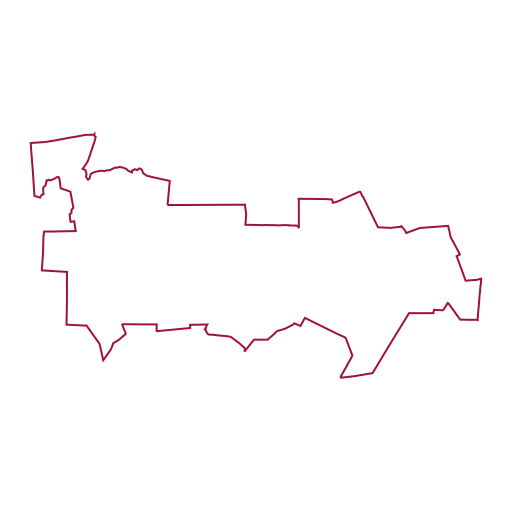 Amzacea, Constanta, Romania (Albers equal-area conic projection)
{"feature_id": "2599482B28238264431370", "entity_name": "Amzacea", "entity_type": "district", "adm_level": 2, "iso_a3": "ROU", "parent_name": "Romania", "parent_adm1": "Constanta", "projection": "albers", "projection_center": [28.34, 43.96], "detail": "fine", "context": "isolated", "style": "outline", "palette": "rose", "viewbox_px": 512, "rotation_deg": 0, "n_neighbors": 0, "source": "geoboundaries", "source_scale": "gbopen_adm2", "svg_char_len": 5289}
<svg xmlns="http://www.w3.org/2000/svg" viewBox="0 0 512 512"><path d="M370.9,373.5L370.9,373.4L372.5,373.1L373.1,372.2L376.7,366.3L383.7,354.6L391.4,341.9L392.8,339.6L403.7,321.9L406.0,318.1L409.1,313.1L421.7,313.2L433.3,313.1L434.1,309.7L435.1,309.9L441.1,310.2L442.5,310.3L443.0,310.1L443.6,309.6L444.6,308.0L446.2,305.5L447.7,303.0L448.3,303.2L450.2,305.8L452.9,309.5L456.6,314.7L458.6,317.4L460.2,319.6L460.3,319.6L469.4,319.8L474.7,319.8L477.5,319.9L477.7,320.0L477.7,319.7L477.7,318.7L477.8,317.4L478.0,313.9L478.3,311.0L478.6,307.3L479.0,303.5L479.0,303.4L479.1,301.7L479.6,295.0L480.1,290.9L480.2,288.9L480.2,288.1L480.7,284.7L480.9,283.3L481.0,281.2L481.3,279.0L481.2,278.7L479.1,279.2L477.1,279.8L471.8,280.2L469.4,280.4L465.6,280.7L462.9,273.1L460.1,265.5L458.1,260.1L456.6,256.2L459.5,254.8L459.8,254.5L459.9,254.4L456.6,248.2L453.3,241.9L453.2,241.9L450.7,237.2L450.6,236.8L449.2,230.4L448.1,225.9L423.3,227.7L420.7,227.9L418.9,228.3L418.1,228.6L406.2,233.0L405.4,231.1L404.7,230.1L401.3,226.1L400.5,226.8L394.1,227.5L390.7,227.9L378.0,227.3L363.2,197.0L362.8,196.8L360.5,192.3L360.4,192.1L360.3,191.9L359.9,191.8L359.5,191.8L359.0,191.9L358.1,192.3L356.8,192.9L354.4,193.9L344.2,198.4L341.9,199.5L339.7,200.6L335.7,202.2L334.4,202.4L333.8,202.5L333.3,202.6L332.9,202.7L332.9,202.4L332.7,201.8L332.1,199.8L331.9,199.4L327.6,199.2L327.0,199.1L318.0,199.0L311.6,198.9L309.2,198.9L298.8,198.8L298.7,198.8L298.8,199.7L298.9,202.3L298.9,202.9L298.8,203.0L298.9,227.1L298.7,227.4L297.4,226.2L297.0,225.6L288.4,225.4L288.2,225.1L282.8,225.1L280.1,225.3L277.0,225.3L274.5,225.2L269.2,225.1L266.5,225.0L263.2,225.1L259.9,225.1L257.3,225.0L254.1,225.0L254.0,224.9L245.4,224.8L246.2,214.8L245.0,205.1L245.0,204.7L244.9,204.7L199.8,204.9L199.3,204.9L185.6,205.0L172.0,205.0L170.1,205.0L168.8,205.0L168.4,205.1L168.0,204.8L167.7,204.3L167.6,203.6L167.6,203.2L167.9,201.5L168.7,192.6L169.8,181.0L169.7,180.9L154.6,177.6L150.5,176.6L147.3,175.9L147.2,175.9L143.4,173.4L143.0,173.0L142.8,172.3L142.5,171.1L142.1,170.2L141.5,169.4L141.4,169.3L140.3,168.7L139.5,168.4L139.4,168.4L138.4,169.0L137.4,170.1L136.1,169.7L134.8,169.2L133.2,170.1L132.1,170.6L132.0,172.4L131.1,172.2L129.6,171.3L128.3,170.9L127.7,170.3L127.0,169.5L126.1,168.9L124.3,168.2L123.3,167.6L121.6,167.4L120.6,167.2L119.5,166.9L118.7,167.2L118.4,167.4L116.9,167.7L115.9,167.5L115.3,167.7L113.4,168.4L111.0,169.6L109.4,170.3L109.0,170.3L106.3,170.3L104.7,171.1L103.9,171.2L102.8,170.8L102.0,170.7L101.9,170.7L100.6,170.8L99.5,171.1L98.6,171.1L95.6,171.8L93.5,172.5L92.7,172.8L91.0,173.9L90.6,174.6L90.0,176.5L89.7,178.2L89.0,178.9L88.1,179.7L87.7,179.2L87.3,178.7L86.6,177.9L86.3,177.1L86.1,176.5L86.2,175.9L86.4,175.2L86.4,174.2L86.3,173.5L86.2,172.5L85.9,171.8L85.6,170.9L85.7,170.4L85.3,170.2L84.1,169.5L82.9,168.9L82.6,168.8L83.4,167.8L85.2,165.3L85.7,164.6L86.4,163.5L87.4,161.8L88.4,159.7L88.7,158.7L90.1,154.7L90.7,152.6L91.4,150.8L92.9,146.2L94.1,142.9L94.9,140.0L95.6,137.4L95.7,137.0L94.8,136.1L94.4,135.7L94.4,135.3L94.4,134.3L94.1,134.7L93.5,134.7L91.5,134.8L89.8,134.8L88.0,134.8L86.1,134.9L84.9,135.0L77.5,136.4L70.1,137.6L67.2,138.1L64.1,138.8L61.7,139.2L57.7,139.9L57.7,140.0L55.7,140.3L53.4,140.7L51.9,140.9L47.5,141.7L43.9,142.1L36.5,142.6L30.7,143.0L31.1,148.9L31.1,149.0L31.5,154.1L33.0,173.4L33.0,173.5L33.3,178.2L34.4,195.2L34.5,195.9L40.0,197.6L41.8,194.7L43.5,194.2L43.2,190.3L43.2,188.3L43.5,187.2L44.5,186.2L45.5,185.5L45.8,185.0L45.9,183.2L46.2,182.6L46.4,181.8L46.6,180.5L46.9,180.6L47.4,180.5L48.6,179.8L49.1,179.7L49.7,180.3L50.1,180.5L50.4,180.5L51.1,180.1L54.2,178.8L55.7,178.0L56.6,177.3L57.5,177.1L58.6,177.0L58.8,177.4L59.1,178.1L59.6,179.6L60.7,188.3L62.6,189.0L67.3,190.6L70.4,191.7L72.5,203.0L73.4,207.8L71.5,209.9L71.4,213.2L69.7,214.2L69.8,216.0L70.4,221.3L70.8,221.9L74.2,221.3L75.0,226.2L75.7,231.1L69.4,231.2L63.1,231.3L52.6,231.5L48.5,231.5L44.1,231.5L43.4,237.6L43.2,246.7L42.9,255.3L41.9,269.3L41.9,270.4L67.0,271.9L66.9,285.1L67.0,285.4L66.9,301.9L66.8,310.0L66.5,324.7L75.9,325.1L85.3,325.6L86.5,325.5L92.9,334.6L99.4,343.6L99.6,344.0L101.9,354.2L103.2,360.2L106.1,356.3L108.6,352.7L110.3,350.3L111.3,348.5L112.2,346.2L113.1,343.4L113.5,342.9L114.5,342.4L116.8,341.1L118.6,340.0L125.2,334.4L125.4,334.3L125.6,333.9L125.7,333.7L125.5,332.8L123.1,327.1L122.2,324.6L122.3,324.4L122.9,324.2L142.8,324.4L152.4,324.4L156.7,324.4L156.6,330.4L156.7,331.1L156.8,331.2L190.2,328.0L190.1,324.8L207.3,324.5L206.9,325.3L206.1,326.9L205.7,327.4L205.5,328.4L205.0,329.2L205.6,329.2L205.5,329.5L206.0,331.0L206.8,332.6L207.8,334.0L208.5,334.4L209.3,334.6L211.9,334.7L215.6,335.1L220.3,335.6L225.1,336.0L228.9,336.5L230.3,336.8L231.1,337.1L234.5,339.6L239.0,343.0L241.4,345.1L244.0,347.4L244.5,348.0L244.9,348.9L244.8,349.9L244.6,350.9L244.3,351.7L254.0,339.7L262.0,339.7L267.6,339.7L273.2,334.8L276.0,332.1L277.2,331.1L277.3,331.0L284.9,328.8L286.1,328.2L293.3,324.5L294.4,323.3L300.2,325.9L300.4,326.0L304.6,318.4L304.9,317.9L331.0,330.8L338.0,334.2L345.0,337.4L345.7,338.2L346.1,338.9L347.4,342.4L348.6,345.6L350.4,350.3L350.6,351.0L351.1,352.2L352.3,355.3L352.2,355.7L352.2,356.0L352.0,356.4L350.4,359.3L348.2,363.2L346.8,365.8L346.6,366.3L344.0,370.8L340.8,376.4L340.7,376.9L340.8,377.5L341.1,377.7L354.3,376.2L369.1,373.7L370.9,373.5Z" fill="none" stroke="#9f1239" stroke-width="2"/></svg>